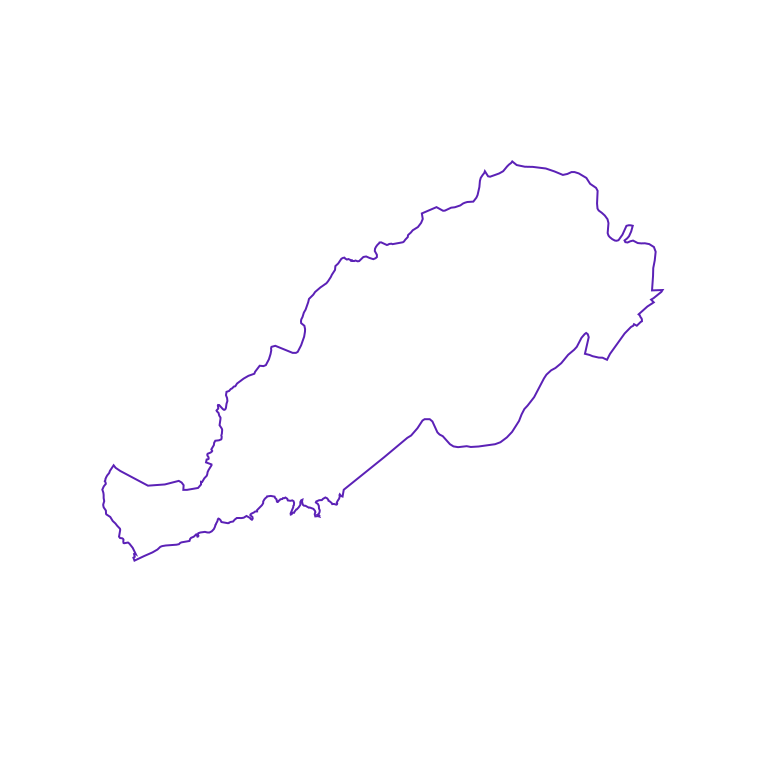 outline of Baile Herculane, Caras-Severin, Romania, rotated 212°
{"feature_id": "2599482B76774341373778", "entity_name": "Baile Herculane", "entity_type": "district", "adm_level": 2, "iso_a3": "ROU", "parent_name": "Romania", "parent_adm1": "Caras-Severin", "projection": "albers", "projection_center": [22.46, 44.902], "detail": "fine", "context": "isolated", "style": "outline", "palette": "violet", "viewbox_px": 768, "rotation_deg": 212, "n_neighbors": 0, "source": "geoboundaries", "source_scale": "gbopen_adm2", "svg_char_len": 6166}
<svg xmlns="http://www.w3.org/2000/svg" viewBox="0 0 768 768"><g transform="rotate(212 384 384)"><path d="M393.2,640.7L393.3,638.9L394.3,636.3L394.9,633.7L395.7,627.6L397.9,623.6L400.4,620.4L403.9,616.0L405.8,615.3L411.2,617.9L410.8,616.1L411.1,613.4L411.2,610.1L410.3,607.1L407.5,601.6L404.8,593.9L404.4,591.0L404.9,586.0L409.8,582.5L411.4,580.7L412.6,579.0L413.9,575.9L417.6,571.4L420.5,569.1L424.3,563.2L425.8,562.2L433.2,561.8L442.3,548.7L438.6,544.5L437.9,540.3L438.4,535.1L441.1,529.6L441.5,526.6L442.3,523.9L442.5,522.9L441.7,521.2L442.4,517.9L442.6,515.3L443.1,514.2L450.9,507.1L452.1,506.9L453.8,505.5L454.3,504.5L455.2,503.4L461.5,502.6L462.8,501.6L462.7,500.9L463.3,498.6L463.5,496.2L463.3,494.0L462.3,491.9L458.5,489.8L457.3,487.9L457.8,486.2L459.2,484.2L463.2,483.2L466.7,482.7L468.8,480.8L470.2,475.1L471.3,474.1L473.6,473.6L474.4,472.5L476.3,471.4L476.4,471.9L476.9,472.0L477.7,471.1L478.2,471.4L480.4,471.1L481.4,469.9L483.3,469.8L484.5,470.2L485.6,469.2L486.5,467.6L486.7,461.9L487.7,458.2L486.0,454.8L486.1,449.0L485.8,446.6L485.9,441.5L486.2,439.0L489.1,432.2L491.2,425.5L491.3,422.3L492.7,416.4L491.6,413.1L489.9,405.5L489.8,402.1L488.6,397.6L488.4,395.0L487.7,393.3L486.5,391.7L482.4,391.2L480.0,388.7L478.7,386.4L476.8,381.8L474.8,372.9L474.2,365.5L475.2,363.7L477.9,362.0L496.4,358.8L499.1,355.9L498.7,354.4L497.5,352.9L496.1,349.3L494.7,344.0L494.2,337.4L495.7,335.3L499.1,333.6L499.8,326.0L499.4,324.0L503.3,319.1L505.9,314.2L508.9,306.5L508.9,303.3L510.0,302.2L510.5,299.8L511.3,298.5L511.7,296.0L513.4,293.9L512.1,290.8L509.6,288.9L507.8,286.6L507.1,283.8L505.4,280.0L505.2,278.6L505.5,277.7L506.0,277.3L507.3,277.3L512.6,278.8L513.6,278.3L513.5,277.7L511.7,275.7L511.6,274.9L512.0,272.8L511.3,272.3L509.0,271.8L507.0,269.9L504.9,268.9L504.2,267.8L501.6,261.9L497.9,260.2L496.9,259.3L495.2,256.0L494.6,254.0L493.7,253.3L492.8,251.5L492.7,250.8L494.1,248.8L497.0,246.5L496.9,244.2L495.9,242.0L495.8,237.1L494.2,236.2L494.2,235.4L494.7,234.0L496.6,231.4L496.4,230.4L495.8,229.7L494.0,228.9L493.1,227.7L493.3,227.0L494.4,226.0L493.4,223.2L487.7,224.4L487.2,223.7L487.2,218.2L486.9,215.8L486.1,213.9L485.7,212.3L486.4,208.8L486.3,204.5L487.4,204.1L485.9,201.8L486.6,197.3L495.0,189.8L498.1,187.9L500.3,192.0L503.4,193.2L506.7,193.1L516.6,182.7L530.3,172.7L561.5,170.5L567.2,170.7L570.2,171.8L570.4,165.1L569.9,162.9L570.3,159.8L570.2,157.9L569.9,155.8L569.4,155.0L569.3,153.6L568.1,153.1L567.0,151.9L567.4,148.7L566.9,145.2L564.4,143.1L563.0,141.4L561.3,138.7L559.2,136.4L558.3,133.1L557.7,132.2L556.3,130.8L552.8,129.3L551.0,126.7L550.4,126.3L545.7,126.2L541.5,124.1L537.9,123.4L535.2,122.4L531.3,121.4L530.4,120.5L527.8,114.1L526.2,113.5L524.3,114.4L523.3,114.4L522.5,114.0L521.4,111.9L520.5,111.1L519.8,111.4L517.1,113.9L515.3,113.7L510.3,111.9L504.4,108.2L505.4,108.2L505.9,107.4L503.8,105.4L504.5,103.9L502.0,102.0L496.3,110.9L491.1,118.5L488.4,123.6L487.4,127.4L486.2,129.0L483.5,131.4L474.9,137.7L473.0,139.5L472.6,141.3L471.7,142.5L465.8,147.8L466.3,149.9L466.1,151.3L464.4,153.7L463.6,156.9L462.6,156.6L461.3,155.7L460.8,156.3L461.0,157.0L462.3,157.9L462.4,159.1L461.0,160.8L457.5,163.7L455.1,164.5L453.4,165.5L452.0,167.8L451.4,170.8L451.7,173.4L452.3,175.2L452.1,175.7L452.4,176.5L452.6,179.5L453.2,181.2L453.1,182.1L452.2,182.3L450.5,181.9L448.7,180.8L442.7,183.2L441.9,183.8L441.9,184.4L440.9,185.8L439.1,187.4L438.7,190.0L437.8,192.4L433.8,194.8L432.1,196.3L430.7,199.2L426.6,199.4L425.6,198.9L424.1,198.9L424.0,200.2L425.1,201.5L427.8,201.9L428.1,202.5L427.8,203.7L426.3,206.0L425.7,207.6L424.1,208.7L424.8,209.8L423.3,216.5L423.3,218.8L424.2,220.4L424.3,222.8L424.0,224.6L423.5,225.8L423.6,226.7L420.7,229.1L417.1,230.5L416.0,229.7L414.0,229.2L412.6,227.6L411.9,227.4L411.5,227.7L411.4,229.3L411.0,229.7L410.8,231.3L409.3,232.6L409.2,233.7L408.1,234.3L407.4,235.5L405.2,235.4L403.9,234.3L401.4,235.4L400.1,236.7L398.6,236.7L397.2,235.5L396.2,233.4L396.3,232.5L395.7,231.5L394.6,224.7L393.9,223.9L393.4,224.5L393.1,226.5L392.0,227.2L392.2,228.2L392.0,230.3L391.9,231.2L391.5,231.5L391.0,234.1L390.9,236.7L391.1,237.5L392.4,239.6L392.5,240.6L392.6,241.5L391.9,242.6L391.2,240.8L388.9,238.6L387.3,238.4L386.1,239.1L382.1,239.3L381.6,239.9L377.7,240.7L375.4,239.9L374.3,239.0L374.1,237.8L373.7,236.8L372.1,235.3L370.1,236.9L368.7,237.3L369.2,237.6L369.2,238.1L371.1,238.0L370.5,239.2L370.6,240.2L370.8,241.3L371.6,242.9L373.1,243.9L374.7,246.1L376.4,247.2L379.0,247.4L379.2,248.5L377.4,251.1L375.2,252.6L374.9,254.2L373.6,256.7L371.7,256.9L369.9,256.3L369.3,255.6L367.8,255.7L365.2,255.3L364.3,254.7L362.8,255.8L360.5,256.4L360.1,257.0L360.3,257.8L361.2,258.4L361.4,260.5L361.3,263.0L362.0,265.3L362.9,266.2L363.0,267.0L361.0,266.3L359.5,266.6L362.1,273.0L345.1,321.9L335.7,350.7L333.7,354.7L332.2,364.2L332.0,373.4L330.9,375.7L326.6,378.4L323.1,377.9L313.1,371.3L310.1,370.6L306.5,370.9L296.2,367.9L292.0,367.9L287.7,369.7L280.9,375.1L277.0,376.6L270.7,381.1L257.9,391.8L254.4,396.3L251.5,403.8L250.0,411.2L249.9,424.2L251.2,431.1L251.7,437.1L250.8,441.7L249.7,452.4L251.3,473.5L251.2,478.0L249.5,484.2L247.1,488.4L244.7,495.6L243.3,506.4L240.9,513.8L240.2,517.7L241.0,527.8L240.3,532.6L239.6,534.4L237.6,534.2L235.2,532.2L229.6,516.1L225.0,517.6L221.9,518.1L215.9,520.2L212.6,522.1L207.7,522.7L208.3,529.3L206.7,554.4L205.0,562.2L204.7,563.4L203.5,565.5L203.7,567.2L200.5,567.4L199.2,572.6L198.5,573.9L199.6,575.5L200.4,576.1L201.8,576.6L203.6,577.8L205.0,578.0L201.7,589.3L198.5,596.2L202.2,597.1L200.9,599.6L197.6,609.1L197.6,611.3L206.3,605.4L213.1,618.2L217.1,625.0L219.9,632.3L223.7,640.1L227.7,643.2L233.2,643.2L237.3,641.6L240.3,639.6L243.5,638.0L248.8,637.6L250.8,635.5L252.4,633.1L254.5,632.2L256.1,633.2L255.0,636.1L254.5,639.1L255.2,644.3L256.9,650.0L258.9,649.3L260.7,648.2L262.2,646.6L260.9,637.0L261.3,630.5L261.5,630.0L262.7,628.7L264.2,628.0L267.3,627.8L270.4,628.2L272.2,628.8L274.3,630.5L278.9,639.4L281.8,642.2L286.1,643.9L290.0,644.6L293.9,644.9L295.9,645.9L299.0,650.0L305.2,661.0L308.1,662.7L315.3,663.0L321.6,666.0L330.5,665.8L334.7,664.7L337.3,663.1L339.8,659.3L343.1,656.1L352.1,654.6L361.0,652.5L372.8,647.0L379.7,642.9L387.5,640.0L393.2,640.7Z" fill="none" stroke="#5b21b6" stroke-width="2"/></g></svg>